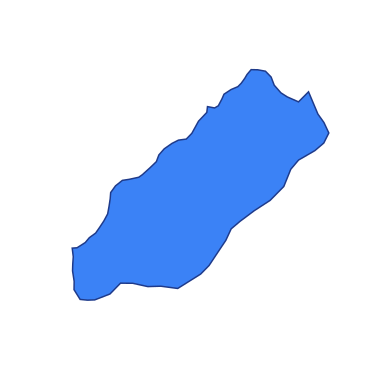 Lapathos, Cyprus (orthographic projection), rotated 240°
{"feature_id": "46923920B60691928275078", "entity_name": "Lapathos", "entity_type": "district", "adm_level": 2, "iso_a3": "CYP", "parent_name": "Cyprus", "parent_adm1": "", "projection": "orthographic", "projection_center": [33.833, 35.276], "detail": "fine", "context": "isolated", "style": "filled", "palette": "blue", "viewbox_px": 384, "rotation_deg": 240, "n_neighbors": 0, "source": "geoboundaries", "source_scale": "gbopen_adm2", "svg_char_len": 1065}
<svg xmlns="http://www.w3.org/2000/svg" viewBox="0 0 384 384"><g transform="rotate(240 192 192)"><path d="M147.2,53.8L144.7,70.0L148.8,84.5L142.6,95.0L132.2,106.4L126.0,117.9L115.6,131.4L116.6,158.5L119.8,170.0L128.1,186.7L133.2,197.1L140.5,207.5L142.6,219.0L144.7,236.7L145.7,255.5L150.9,274.3L162.3,288.9L166.4,300.3L166.4,319.1L168.5,330.6L174.7,340.0L186.2,341.0L196.5,340.0L220.5,343.0L216.8,329.3L226.8,322.0L233.4,318.6L243.4,316.6L252.0,318.0L259.9,316.0L265.0,310.0L268.4,304.4L266.3,298.5L264.1,294.6L261.6,289.1L260.3,284.4L261.2,277.1L260.7,268.6L257.8,264.7L253.5,257.9L253.5,253.6L258.2,248.1L253.5,244.6L250.1,233.1L242.9,221.2L240.7,213.5L243.7,206.2L244.1,199.0L243.3,189.6L240.7,181.9L236.1,176.3L233.9,167.4L231.8,157.5L231.4,153.3L234.4,143.9L236.9,137.5L235.6,128.9L232.2,121.3L227.1,117.8L221.2,113.1L215.2,108.0L211.0,101.2L207.6,94.4L204.6,88.0L203.8,80.3L201.6,74.3L201.2,64.5L203.3,60.2L195.3,56.8L188.9,52.5L183.4,49.1L173.6,45.3L166.4,41.0L154.9,41.4L150.6,47.4L147.2,53.8Z" fill="#3b82f6" stroke="#1e3a8a" stroke-width="1.5"/></g></svg>